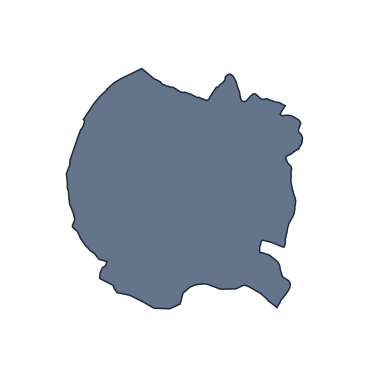 outline of Tamya, Al Fayyum, Egypt, rotated 205°
{"feature_id": "37247803B840289217117", "entity_name": "Tamya", "entity_type": "district", "adm_level": 2, "iso_a3": "EGY", "parent_name": "Egypt", "parent_adm1": "Al Fayyum", "projection": "orthographic", "projection_center": [30.955, 29.468], "detail": "fine", "context": "isolated", "style": "filled", "palette": "slate", "viewbox_px": 384, "rotation_deg": 205, "n_neighbors": 0, "source": "geoboundaries", "source_scale": "gbopen_adm2", "svg_char_len": 3700}
<svg xmlns="http://www.w3.org/2000/svg" viewBox="0 0 384 384"><g transform="rotate(205 192 192)"><path d="M289.2,282.6L289.7,282.7L298.3,272.0L303.9,265.2L308.6,258.4L312.5,249.4L312.0,249.2L315.5,240.8L318.1,231.4L321.1,211.8L319.2,211.0L318.4,205.0L319.2,201.1L318.7,194.3L318.6,193.2L316.9,177.6L316.4,172.8L316.0,169.2L314.4,165.6L313.5,155.7L313.4,155.0L309.9,149.5L308.0,145.9L306.7,142.9L304.2,140.3L302.3,137.0L300.6,133.7L299.4,132.0L298.7,130.8L297.8,129.3L295.9,127.6L294.3,126.1L290.3,122.3L288.7,120.2L288.4,119.6L287.1,118.2L286.5,116.7L286.4,115.5L286.3,111.3L285.3,109.5L279.5,107.9L276.1,105.3L273.6,102.9L271.2,101.5L268.4,100.1L266.8,98.9L264.4,97.8L262.5,97.2L260.7,96.4L259.5,95.8L254.7,95.1L247.7,91.6L239.7,93.1L239.2,88.6L241.2,85.6L241.2,80.1L239.2,74.6L224.1,74.1L221.6,71.6L217.6,69.1L216.0,69.5L204.6,72.1L203.8,72.1L189.0,71.6L177.5,70.6L176.7,70.9L163.0,76.6L155.4,85.5L157.4,96.5L154.1,104.0L153.4,105.3L151.1,107.7L149.3,109.6L145.8,111.8L144.0,112.8L141.9,114.1L139.8,114.7L137.1,115.1L136.6,115.2L135.6,115.2L133.8,115.2L132.2,115.4L130.8,115.6L130.4,115.7L127.4,115.7L125.6,115.8L122.7,117.1L121.5,117.7L120.0,118.4L118.8,119.0L116.1,120.3L114.3,121.3L111.1,122.9L107.0,128.1L106.1,129.1L104.9,129.7L102.5,130.1L101.9,130.2L100.1,130.2L98.0,130.0L87.4,129.1L84.3,128.3L79.1,126.7L76.4,125.5L67.9,123.7L66.0,123.1L66.1,124.7L65.8,126.8L65.6,129.5L65.7,131.6L64.6,135.6L63.8,138.9L63.6,140.7L63.1,142.9L62.9,146.2L62.9,146.8L63.2,147.7L63.6,148.9L63.9,149.8L65.1,151.3L67.0,152.4L68.2,152.7L71.2,152.9L74.3,153.7L75.2,154.6L77.8,157.5L79.0,158.7L80.9,161.6L81.9,162.8L84.6,164.8L87.1,165.6L93.8,167.2L95.6,167.5L96.8,167.4L101.6,166.7L102.8,166.7L104.0,166.0L104.9,165.7L105.7,167.2L107.5,171.0L107.6,173.4L108.3,175.5L108.3,177.0L107.5,178.3L106.6,178.3L104.2,179.0L101.5,179.4L99.7,179.7L96.6,180.1L91.2,180.3L86.7,180.5L85.2,181.1L85.6,183.8L86.0,185.9L87.6,188.6L87.6,189.8L87.9,191.0L89.3,197.0L90.2,200.2L90.4,200.9L90.8,205.4L90.6,208.7L90.2,212.0L90.3,215.1L91.6,220.1L92.6,222.2L93.6,226.1L94.0,227.3L95.6,229.7L98.4,232.6L99.1,233.4L100.0,234.4L101.9,236.7L105.3,241.1L106.3,242.6L107.2,244.1L107.9,245.9L108.2,246.8L109.6,249.8L110.8,252.1L110.9,253.0L111.2,254.5L112.2,256.0L113.4,257.2L117.7,258.9L121.8,262.7L120.9,265.1L118.3,268.2L117.5,269.7L116.6,271.6L114.9,274.3L114.3,275.0L113.4,275.9L113.5,278.7L113.3,280.4L113.0,280.7L113.1,282.9L114.8,287.9L116.3,289.4L118.2,290.8L119.4,291.1L120.9,291.4L121.7,293.6L121.9,294.0L122.0,295.2L122.4,299.5L122.4,300.1L125.2,302.4L127.6,302.6L131.3,303.1L134.0,303.0L135.5,302.7L137.0,302.3L140.3,300.7L141.7,299.7L143.5,299.1L145.1,299.9L144.9,302.7L143.9,309.6L145.7,309.6L147.5,309.8L148.4,309.8L149.3,309.9L150.3,310.0L151.5,309.7L155.0,308.7L158.7,308.6L160.8,308.2L162.9,308.4L167.6,305.6L169.5,305.8L170.4,305.8L173.1,306.9L174.7,307.4L175.6,307.7L176.2,307.7L177.9,306.7L178.2,306.4L179.4,303.7L181.3,297.6L182.7,296.0L183.9,295.7L184.7,295.7L185.4,295.6L187.6,297.7L188.6,298.8L191.4,303.0L192.7,304.1L196.1,307.4L198.6,310.6L201.7,312.9L203.3,314.1L204.5,314.6L206.9,314.9L208.4,314.5L209.6,312.7L210.0,311.3L210.4,309.9L209.7,308.4L209.4,306.9L210.5,304.2L212.2,300.2L212.7,298.1L214.2,297.4L215.7,287.1L215.9,285.9L215.9,283.2L217.6,280.7L218.8,281.3L220.3,280.9L223.6,280.8L226.1,280.7L226.9,279.8L228.7,279.7L229.4,280.0L235.7,280.1L237.2,279.8L239.3,279.4L240.8,279.4L242.0,278.4L244.1,278.0L246.8,278.0L249.6,278.5L252.7,278.8L253.8,278.9L255.0,278.3L256.2,278.0L257.7,277.9L260.1,277.2L262.2,277.5L264.0,277.1L264.6,277.1L264.9,277.4L267.1,278.2L267.4,278.5L269.8,278.7L273.1,278.6L275.3,278.8L283.3,281.0L288.3,282.3L289.2,282.6Z" fill="#64748b" stroke="#1e293b" stroke-width="1.5"/></g></svg>